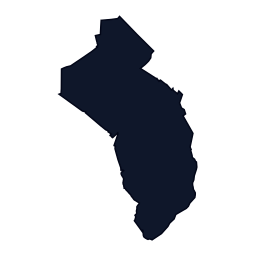 Dumbrava Rosie, Neamt, Romania, rotated 271°
{"feature_id": "2599482B29354123900383", "entity_name": "Dumbrava Rosie", "entity_type": "district", "adm_level": 2, "iso_a3": "ROU", "parent_name": "Romania", "parent_adm1": "Neamt", "projection": "equal_earth", "projection_center": [26.407, 46.891], "detail": "fine", "context": "isolated", "style": "filled", "palette": "ink", "viewbox_px": 256, "rotation_deg": 271, "n_neighbors": 0, "source": "geoboundaries", "source_scale": "gbopen_adm2", "svg_char_len": 3029}
<svg xmlns="http://www.w3.org/2000/svg" viewBox="0 0 256 256"><g transform="rotate(271 128 128)"><path d="M162.4,181.8L163.6,180.6L165.9,178.2L163.1,176.9L166.0,173.2L166.6,172.4L167.5,172.3L168.0,172.3L168.4,172.2L167.8,171.7L167.3,171.2L166.8,170.7L171.9,166.1L171.7,166.0L171.7,165.9L171.9,165.6L175.2,161.2L175.3,161.1L176.4,159.7L175.7,159.1L176.0,158.7L175.3,158.1L176.6,157.1L177.9,156.1L177.6,155.9L178.2,154.9L187.8,139.3L191.7,143.9L193.1,145.3L195.3,147.4L198.5,149.5L202.5,149.8L205.4,152.3L222.0,135.0L239.4,117.6L237.2,115.8L236.2,109.3L235.2,99.6L235.2,99.3L227.8,99.0L221.0,98.8L219.8,93.8L216.2,94.7L212.7,95.7L211.8,95.8L210.9,96.4L210.7,96.5L210.3,96.3L209.9,96.2L208.8,95.1L208.0,95.4L208.0,95.5L207.0,94.3L203.7,90.3L199.8,84.8L198.7,83.3L192.9,75.0L189.1,69.6L188.0,65.4L187.0,63.0L186.2,61.3L185.8,60.5L166.1,60.7L161.4,60.5L160.6,58.5L144.2,82.1L143.3,85.5L142.4,85.3L129.7,100.8L125.8,105.8L124.8,108.4L123.9,108.1L122.1,110.8L121.7,111.4L121.6,111.2L120.4,110.2L120.3,110.3L120.1,110.4L120.1,110.5L120.3,110.7L120.2,110.7L120.2,110.8L119.9,111.0L119.5,111.3L119.3,111.5L119.1,111.7L119.0,111.8L118.7,112.0L118.3,112.4L118.3,112.5L118.2,112.6L118.1,112.8L122.9,117.8L121.9,118.0L121.5,117.9L119.9,117.5L110.7,114.5L110.2,114.4L110.1,114.7L109.9,115.0L109.9,115.4L109.8,115.5L109.7,115.7L109.6,115.8L108.9,115.5L107.0,115.4L96.4,118.5L88.1,121.5L85.7,121.7L85.7,122.0L85.9,122.3L85.7,122.9L85.5,123.0L85.8,123.1L85.9,123.5L85.6,124.2L85.4,124.5L85.1,124.3L84.9,124.1L84.5,123.8L84.4,123.7L84.2,123.3L84.0,122.7L83.9,122.5L83.8,122.3L83.7,122.2L82.1,121.9L80.9,122.4L80.1,122.8L79.6,123.2L79.1,123.4L78.7,123.9L78.1,124.1L76.9,124.6L76.1,124.4L75.4,124.4L75.0,124.2L74.2,124.2L73.5,124.0L73.1,124.0L72.7,124.1L71.9,124.1L71.3,124.5L70.5,124.7L70.3,124.8L69.3,124.9L68.3,125.2L67.7,125.2L67.6,125.6L67.6,126.2L67.4,126.4L66.2,127.0L66.0,127.4L65.4,127.8L64.7,128.7L63.4,129.7L61.5,131.6L61.4,131.8L59.7,132.7L58.5,133.8L57.1,134.8L56.3,135.5L53.2,140.7L52.8,140.6L52.4,140.4L51.9,140.0L51.7,139.8L51.3,139.5L50.6,139.0L49.5,138.3L48.7,138.3L48.1,138.3L47.8,138.4L45.7,138.0L45.2,137.9L44.4,138.0L43.9,138.1L43.7,138.1L43.3,138.2L43.0,138.2L42.1,137.8L40.9,136.5L39.7,137.2L39.3,137.2L38.5,137.2L37.9,136.9L36.8,136.8L35.4,136.0L25.0,143.8L25.4,143.9L26.1,144.4L26.1,144.5L25.8,144.9L25.0,145.0L24.0,144.9L23.4,144.9L23.0,145.0L20.5,145.3L19.5,145.8L19.1,146.1L18.9,146.5L18.3,147.2L17.9,148.0L17.8,148.4L17.5,148.7L17.3,149.0L17.2,149.4L17.2,149.7L17.0,150.0L17.2,150.4L17.5,150.9L17.4,151.3L17.3,152.5L17.1,152.8L17.0,153.2L16.6,154.0L23.0,163.3L30.3,169.6L33.6,171.3L37.9,175.7L42.4,177.3L48.7,187.7L50.8,189.7L54.0,191.1L59.3,195.7L59.6,196.0L62.3,196.4L64.3,196.4L66.4,195.3L67.7,194.5L70.5,194.0L72.0,193.6L74.3,193.5L77.3,194.7L81.4,195.1L88.0,197.1L90.1,197.5L95.2,197.0L95.9,196.0L97.9,195.1L99.7,192.8L101.9,192.5L106.9,191.0L107.5,191.5L110.1,190.4L123.8,193.0L141.1,182.8L143.1,185.3L147.4,183.8L149.0,181.1L154.0,179.1L162.4,181.8Z" fill="#0f172a" stroke="#020617" stroke-width="1.5"/></g></svg>